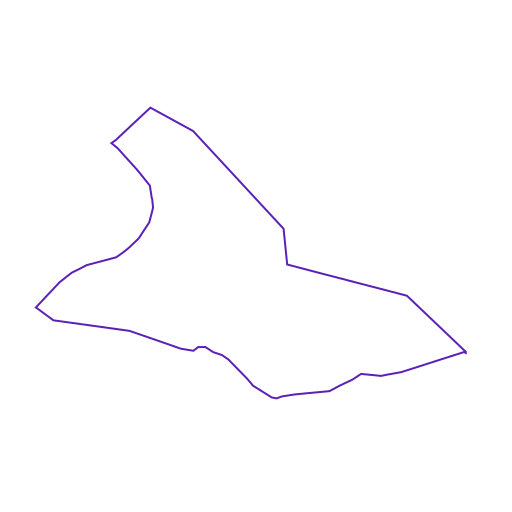 outline of Summersdale, Castries, Saint Lucia, rotated 4°
{"feature_id": "8701671B83159323008867", "entity_name": "Summersdale", "entity_type": "district", "adm_level": 2, "iso_a3": "LCA", "parent_name": "Saint Lucia", "parent_adm1": "Castries", "projection": "orthographic", "projection_center": [-60.977, 14.026], "detail": "fine", "context": "isolated", "style": "outline", "palette": "violet", "viewbox_px": 512, "rotation_deg": 4, "n_neighbors": 0, "source": "geoboundaries", "source_scale": "gbopen_adm2", "svg_char_len": 1043}
<svg xmlns="http://www.w3.org/2000/svg" viewBox="0 0 512 512"><g transform="rotate(4 256 256)"><path d="M472.0,338.1L472.0,337.0L419.1,293.2L409.3,285.1L320.0,268.4L287.7,262.3L281.6,226.9L184.5,135.7L140.3,115.4L123.5,133.4L112.7,145.1L112.0,145.8L108.2,150.0L103.9,153.5L110.3,158.0L132.2,179.1L145.2,193.2L147.9,205.2L148.4,206.2L149.8,214.1L149.9,215.0L149.2,219.2L147.2,229.8L137.7,246.7L130.4,254.7L128.8,256.5L127.4,257.8L122.6,262.2L118.9,265.2L116.5,267.1L87.8,276.9L79.6,281.9L73.5,285.4L71.1,287.5L61.9,295.9L50.1,310.3L40.0,322.7L49.4,328.6L58.4,334.3L134.8,339.5L137.6,340.2L187.5,353.7L200.2,354.9L203.3,352.1L204.6,350.9L209.8,350.5L211.8,350.3L220.1,354.9L224.0,355.9L229.0,357.2L235.7,361.2L255.6,378.9L262.2,385.7L264.9,387.1L281.6,396.0L286.6,396.6L290.4,394.8L291.6,394.3L294.6,393.6L304.3,391.4L316.2,389.4L321.0,388.6L338.7,385.7L348.7,379.4L360.8,372.6L369.1,366.3L383.3,366.7L389.1,366.9L392.3,366.0L395.2,365.2L400.4,363.9L409.0,361.7L470.2,337.3L472.0,338.1Z" fill="none" stroke="#5b21b6" stroke-width="2"/></g></svg>